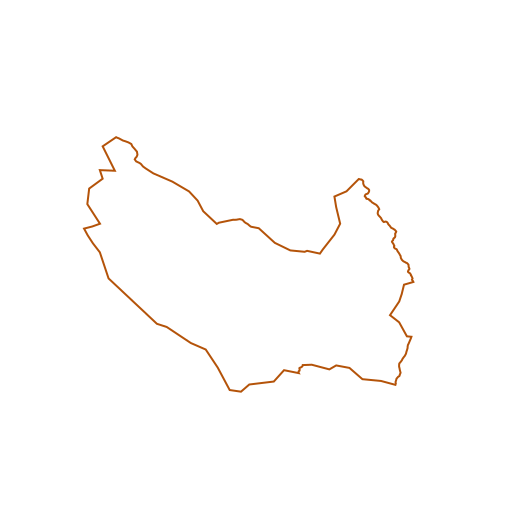 outline of Tu'nel, Hövsgöl, Mongolia, rotated 216°
{"feature_id": "93677404B36184620186836", "entity_name": "Tu'nel", "entity_type": "district", "adm_level": 2, "iso_a3": "MNG", "parent_name": "Mongolia", "parent_adm1": "Hövsgöl", "projection": "natural_earth1", "projection_center": [100.473, 49.769], "detail": "fine", "context": "isolated", "style": "outline", "palette": "amber", "viewbox_px": 512, "rotation_deg": 216, "n_neighbors": 0, "source": "geoboundaries", "source_scale": "gbopen_adm2", "svg_char_len": 5551}
<svg xmlns="http://www.w3.org/2000/svg" viewBox="0 0 512 512"><g transform="rotate(216 256 256)"><path d="M67.5,233.7L68.0,235.1L69.0,236.0L69.7,238.1L70.2,239.3L70.0,241.8L69.5,243.0L69.5,243.6L69.9,244.4L70.1,245.3L70.4,246.5L72.6,248.3L74.2,249.8L75.1,250.5L76.2,252.0L76.9,253.3L76.8,254.4L76.7,255.8L76.7,257.4L77.0,259.0L77.0,260.1L77.0,261.5L76.9,262.5L77.2,264.8L77.4,265.5L78.0,266.9L78.6,268.8L79.3,270.7L80.0,271.7L80.8,273.3L81.0,274.7L81.7,277.8L82.3,280.4L82.8,282.0L86.7,279.7L101.2,286.5L112.8,286.9L113.4,303.4L115.6,310.4L115.6,310.5L119.4,319.8L113.4,327.5L113.7,327.7L114.1,327.9L114.6,328.1L115.2,328.2L115.4,328.3L115.9,328.5L116.2,329.9L117.9,330.9L118.3,331.1L118.8,331.3L119.2,331.6L119.4,331.5L119.7,331.8L120.2,332.1L120.6,332.3L120.9,332.4L121.3,332.5L121.8,332.5L122.1,332.4L122.5,332.4L122.9,332.4L123.3,332.4L123.6,332.5L123.8,332.6L123.9,332.8L124.0,332.9L124.1,333.1L124.1,333.4L124.1,333.7L124.2,333.9L124.3,334.1L124.3,335.0L124.2,335.2L124.2,335.5L124.3,335.8L124.5,335.9L124.9,336.2L125.3,336.5L125.7,336.7L126.0,336.8L126.2,337.0L126.3,337.2L126.6,337.5L127.1,338.1L127.4,338.5L127.6,338.6L127.9,338.7L128.4,338.8L128.9,338.9L129.3,339.0L129.7,339.0L130.0,339.0L130.2,338.9L130.4,338.8L130.6,338.8L130.8,338.7L131.0,338.7L131.3,338.7L131.8,338.7L132.1,338.6L132.5,338.5L132.9,338.5L133.2,338.4L133.6,338.4L134.4,338.4L134.8,338.5L135.2,338.6L135.7,338.6L135.9,338.7L136.2,338.9L136.8,339.1L137.1,339.3L137.4,339.4L137.7,339.6L138.1,340.0L138.4,340.3L138.8,340.8L139.2,341.1L139.7,341.3L140.1,341.4L140.5,341.6L141.0,341.9L141.5,342.1L142.2,342.4L143.1,342.7L143.4,342.8L143.8,342.9L144.1,343.0L144.5,343.2L144.8,343.4L145.2,343.6L145.5,343.8L145.8,343.9L146.2,344.1L146.5,344.1L146.8,344.0L147.2,343.9L147.7,343.8L148.3,343.8L148.9,343.9L149.4,344.1L149.8,344.5L149.9,344.8L149.9,345.2L149.9,345.3L150.0,345.5L150.3,345.7L150.7,345.8L151.0,346.0L151.4,346.2L151.7,346.4L152.0,346.6L152.5,346.7L153.0,346.9L154.0,347.2L154.4,347.5L154.5,347.6L154.5,347.9L154.5,348.4L154.5,348.7L154.5,349.1L154.4,349.3L154.5,349.5L154.6,349.9L154.8,350.4L154.9,350.6L155.0,350.7L155.0,351.2L154.9,351.6L154.7,352.0L154.6,352.8L154.7,353.0L154.8,353.4L154.8,353.6L155.0,353.9L155.2,354.2L155.4,354.4L155.6,354.8L155.9,355.1L156.2,355.4L156.4,355.6L156.6,356.0L156.6,356.3L156.6,356.5L156.6,356.9L156.7,357.3L156.8,357.9L156.9,358.1L157.0,358.3L157.6,358.4L158.0,358.5L158.4,358.6L158.9,358.7L159.4,358.8L159.7,358.7L160.0,358.7L160.5,358.7L160.9,358.7L161.2,358.6L161.6,358.6L162.1,358.5L162.6,358.4L163.2,358.3L163.4,358.3L163.9,358.5L164.4,358.7L164.9,358.8L165.4,359.0L165.7,359.1L166.1,359.2L166.6,359.2L167.0,359.3L167.7,359.5L167.9,359.6L168.0,359.6L168.3,359.9L168.8,360.1L169.1,360.2L169.5,360.3L170.1,360.4L170.7,360.3L171.0,360.2L171.3,360.1L171.5,359.9L171.7,359.7L171.8,359.6L172.0,359.3L172.2,359.0L172.6,358.6L172.8,358.6L173.1,358.6L173.6,358.7L173.9,358.7L174.3,358.9L175.0,359.1L175.5,359.3L176.0,359.5L176.3,359.7L176.7,360.0L177.0,360.1L177.6,360.3L178.2,360.4L178.9,360.6L179.6,360.7L180.3,360.8L180.9,361.0L181.5,361.2L181.9,361.4L182.2,361.7L182.6,362.0L182.8,362.4L183.2,363.0L183.4,363.6L183.6,364.0L183.8,364.4L183.8,364.5L183.8,365.1L183.8,365.8L183.8,366.1L183.8,366.3L184.0,366.4L184.4,366.6L184.9,366.9L185.4,367.1L186.1,367.4L186.7,367.6L187.2,367.7L187.8,367.9L188.6,368.0L189.4,368.0L189.7,368.0L189.9,367.9L190.2,367.9L190.7,367.8L191.0,367.8L191.3,367.7L191.7,367.8L192.4,367.7L193.2,367.6L193.7,367.6L194.3,367.7L195.1,367.9L195.8,367.9L196.3,367.8L196.6,367.8L196.6,368.1L197.6,368.1L198.2,368.1L198.8,368.0L199.2,367.8L199.5,367.6L199.8,367.4L200.0,367.4L200.3,367.3L200.7,367.3L200.8,367.4L201.0,367.8L201.6,368.0L202.1,368.1L202.4,368.1L203.0,368.1L203.3,368.5L203.4,369.0L203.5,369.3L203.5,369.9L203.5,370.2L203.4,370.5L203.2,370.8L203.1,371.0L202.8,371.4L202.5,371.8L202.3,372.1L202.3,372.4L202.2,372.8L202.3,373.0L202.3,373.3L202.3,373.8L202.4,374.3L202.5,374.7L202.7,375.1L202.8,375.3L203.0,375.5L203.3,375.9L203.9,376.1L204.2,376.2L204.8,376.3L205.2,376.2L205.4,376.2L205.9,376.1L206.8,376.2L207.6,376.1L209.3,376.2L210.4,376.7L211.1,377.1L211.8,377.6L212.5,378.5L213.1,379.5L214.3,379.8L215.3,379.9L215.9,379.7L216.6,379.2L217.2,379.1L218.1,378.7L220.8,361.5L227.5,350.2L219.9,342.7L206.9,331.6L205.1,319.4L205.8,300.5L205.7,295.5L217.7,290.2L219.1,288.0L231.5,280.7L248.5,277.7L270.1,280.1L276.7,277.0L277.6,276.7L279.6,276.8L281.3,277.0L282.3,276.9L283.7,276.7L285.2,276.7L287.6,277.2L288.5,277.2L290.7,276.4L292.2,274.9L292.8,274.2L293.7,273.4L295.7,271.9L295.8,271.9L305.6,261.1L306.6,258.9L325.0,261.2L335.8,266.5L348.1,268.9L367.4,267.0L387.6,262.5L396.8,262.0L400.0,262.0L402.0,262.5L403.0,262.8L404.8,262.8L408.6,262.1L410.9,262.9L411.1,264.4L410.9,266.2L411.4,268.2L412.2,269.0L413.6,270.4L417.5,271.4L420.4,272.0L422.7,273.3L426.0,272.9L429.2,272.0L431.5,271.2L436.0,270.6L438.2,270.0L439.0,269.9L444.5,254.6L420.3,242.0L432.8,233.7L425.5,228.4L430.6,212.5L423.0,198.9L422.9,198.8L401.2,190.4L405.9,183.5L406.0,183.4L411.2,177.1L404.3,173.8L395.4,170.4L384.5,167.2L362.1,151.2L296.3,142.9L286.5,146.1L257.5,147.3L241.7,150.8L221.3,143.2L198.5,132.1L188.4,137.4L185.9,148.1L167.8,164.9L166.2,180.1L152.5,186.4L153.1,186.7L153.4,187.1L153.7,187.7L153.7,188.1L153.6,188.3L153.4,188.6L153.5,189.0L153.7,189.5L154.1,189.9L154.5,190.3L154.8,190.5L155.0,190.8L154.9,191.2L154.3,192.1L154.0,192.8L153.7,193.6L153.7,194.3L154.1,195.2L147.0,200.8L130.0,207.4L126.8,214.6L114.6,220.4L97.5,218.9L81.4,228.4L67.5,233.7L67.5,233.7Z" fill="none" stroke="#b45309" stroke-width="2"/></g></svg>